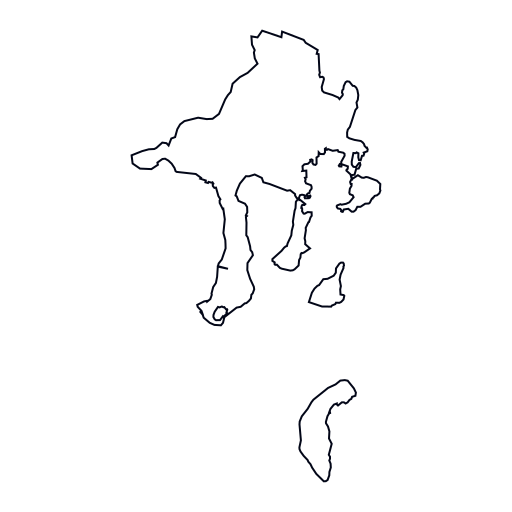 Neiafu, Vava'u, Tonga (Natural Earth projection)
{"feature_id": "48082658B15752007893328", "entity_name": "Neiafu", "entity_type": "district", "adm_level": 2, "iso_a3": "TON", "parent_name": "Tonga", "parent_adm1": "Vava'u", "projection": "natural_earth1", "projection_center": [-173.963, -18.667], "detail": "fine", "context": "isolated", "style": "outline", "palette": "ink", "viewbox_px": 512, "rotation_deg": 0, "n_neighbors": 0, "source": "geoboundaries", "source_scale": "gbopen_adm2", "svg_char_len": 6078}
<svg xmlns="http://www.w3.org/2000/svg" viewBox="0 0 512 512"><path d="M251.4,36.4L252.0,44.7L254.7,50.1L253.9,52.6L254.8,58.4L257.5,63.7L247.6,72.9L239.9,77.1L232.6,83.7L230.7,92.0L227.9,95.1L225.2,99.4L219.0,113.9L212.6,118.8L206.6,119.1L198.1,117.7L184.4,121.1L180.1,124.4L177.3,129.2L175.1,137.1L171.3,138.5L168.6,145.5L166.5,143.2L162.3,142.6L156.4,147.9L154.3,149.0L148.8,149.3L142.2,151.1L131.6,155.3L132.6,163.5L140.0,168.6L151.4,169.1L157.9,164.8L157.4,162.6L162.4,159.0L165.1,158.7L168.4,160.6L171.7,163.7L174.5,168.0L175.6,171.2L176.7,171.9L195.8,174.0L201.0,177.8L200.3,178.7L205.8,180.5L205.4,182.3L208.0,183.0L208.6,181.9L211.7,182.7L212.5,182.3L213.4,183.7L212.7,184.5L212.9,186.1L214.4,187.9L216.0,187.6L218.4,196.1L220.4,199.3L219.6,200.4L219.7,203.0L222.7,209.0L223.3,208.7L224.8,219.3L223.4,233.0L225.3,240.0L225.5,244.0L225.6,248.4L221.8,259.5L218.7,263.4L217.9,266.2L228.0,268.8L217.8,266.6L217.1,276.9L215.9,283.0L213.2,287.0L211.5,293.6L211.8,294.8L210.3,299.1L207.1,301.7L206.9,300.9L204.1,301.4L197.2,304.9L197.7,306.8L201.5,310.9L202.2,312.9L199.8,311.3L202.7,314.8L203.7,317.7L209.7,322.8L214.4,324.9L220.9,325.3L223.0,322.8L224.1,318.3L222.8,316.4L220.0,320.1L216.0,320.2L214.7,319.3L213.4,317.0L213.5,314.9L214.7,311.7L218.0,306.9L219.5,307.4L221.9,306.5L223.4,307.3L224.3,307.1L226.1,309.4L227.0,309.2L227.3,309.7L226.4,312.7L227.4,313.3L224.4,315.8L225.0,316.7L236.6,307.6L240.7,306.8L244.7,303.4L246.4,303.1L248.9,300.9L250.9,298.5L251.4,294.7L252.7,293.4L254.2,289.3L253.8,286.7L250.1,278.8L247.3,270.1L247.5,263.1L252.9,255.2L252.2,252.2L250.5,250.0L250.1,246.3L247.7,237.2L246.3,235.3L246.5,222.7L245.9,216.9L246.9,216.0L245.9,215.3L247.3,212.3L247.1,206.9L245.0,203.7L238.5,200.9L236.7,196.3L235.5,195.5L236.8,190.7L239.9,183.6L245.9,176.2L249.0,176.3L254.7,174.5L261.8,177.9L263.4,182.3L269.6,184.0L287.1,190.7L290.2,190.2L295.1,194.1L295.1,195.5L296.7,198.0L297.5,198.3L297.6,199.5L295.9,201.8L295.5,208.2L294.6,210.7L292.9,221.6L293.3,224.9L291.8,230.6L291.3,235.4L287.6,243.4L286.9,246.1L285.7,246.4L284.1,247.7L281.5,250.9L272.4,259.1L272.4,260.9L274.7,262.4L274.5,264.0L275.2,264.8L276.9,264.7L279.9,267.9L281.8,268.7L290.3,270.6L292.8,270.3L294.6,269.3L298.6,265.5L299.1,260.0L300.4,257.6L300.7,254.2L301.5,253.0L302.3,253.2L304.2,252.4L310.0,248.4L305.2,244.2L305.3,241.2L304.6,238.3L305.9,230.1L305.7,227.9L308.4,222.2L309.0,222.0L310.5,217.4L311.7,215.8L311.6,212.3L307.6,212.1L304.7,213.7L303.6,213.6L302.1,211.3L302.2,208.9L301.9,208.0L301.3,207.9L301.6,206.1L302.3,204.9L304.4,205.0L305.3,204.1L300.3,200.0L299.4,200.1L299.0,197.7L300.0,195.2L302.0,194.7L304.1,195.1L305.1,196.1L304.5,197.1L305.0,198.3L308.9,198.2L309.9,197.6L310.5,196.1L310.1,195.5L308.0,196.7L307.8,196.0L306.6,195.9L306.6,194.7L308.1,193.3L309.4,193.0L309.9,190.8L311.6,188.7L311.6,186.9L311.0,185.2L306.0,183.3L305.1,181.2L305.6,179.4L304.9,177.8L306.5,177.3L306.3,170.6L302.3,171.0L302.8,169.9L302.5,166.2L304.4,164.3L307.9,163.8L310.4,161.5L310.2,159.8L311.6,159.4L312.6,160.1L312.4,162.9L313.5,164.5L315.5,164.9L316.6,163.7L316.5,157.5L318.6,156.1L318.7,152.3L320.3,154.0L323.8,154.1L325.0,152.4L324.9,148.8L325.8,148.2L325.9,149.7L326.9,149.9L328.0,149.1L332.7,150.8L337.7,150.1L338.4,151.7L343.2,152.7L344.5,153.7L344.6,155.7L341.2,161.9L341.4,164.0L339.9,163.9L338.8,165.7L339.3,166.4L341.4,166.5L341.7,164.7L342.6,164.5L347.9,166.4L347.7,168.8L346.6,169.7L346.4,170.6L350.5,174.4L351.9,179.7L351.1,179.9L350.1,182.0L350.7,184.0L351.6,184.0L351.5,185.9L349.9,188.6L349.3,192.8L349.9,194.2L352.7,195.3L353.6,197.2L349.4,202.3L346.1,203.8L341.6,204.7L340.4,204.2L337.2,205.4L336.7,206.1L336.9,207.3L337.9,208.5L340.3,208.9L341.3,210.2L341.1,211.3L342.2,211.9L342.8,211.8L343.8,209.5L348.3,208.8L351.7,211.7L353.5,211.7L355.6,210.1L357.3,206.8L360.5,206.8L365.2,203.7L368.8,203.5L369.8,202.7L371.8,198.8L372.6,198.6L372.8,197.7L373.6,197.4L374.6,195.9L377.0,195.3L379.3,193.4L380.4,190.5L380.0,189.3L380.3,184.0L376.9,180.7L367.9,177.3L366.0,177.0L363.8,177.8L361.7,177.6L357.9,175.2L352.2,179.0L351.1,175.2L354.5,174.7L356.2,168.8L358.7,168.5L360.4,164.9L360.0,163.0L358.9,163.1L355.9,167.1L353.4,166.8L351.8,164.6L351.7,161.6L353.4,153.0L355.8,153.2L356.6,152.4L358.4,153.3L358.3,157.4L359.0,160.1L360.7,160.3L362.0,155.8L363.5,155.7L364.2,153.7L363.7,152.6L367.3,151.3L367.7,149.4L367.0,147.7L366.5,147.9L364.5,145.8L364.1,144.2L362.7,142.4L360.8,141.0L354.5,139.9L349.3,138.3L347.2,136.9L347.1,132.5L347.8,129.6L349.9,126.9L355.4,110.0L357.4,107.5L356.5,102.5L357.8,99.7L358.3,95.1L357.4,90.2L356.2,87.6L354.4,86.0L352.7,85.8L349.4,81.7L347.1,81.3L345.6,82.2L343.8,85.9L343.3,89.3L342.3,90.3L342.0,92.7L342.8,94.1L342.6,95.3L339.5,99.1L338.2,97.5L332.5,95.0L324.0,92.4L322.2,90.6L321.7,87.0L323.9,79.3L323.8,78.4L323.5,77.5L322.4,76.8L320.1,77.2L319.2,74.8L319.9,72.6L319.4,70.6L318.6,54.1L316.7,53.8L317.7,50.0L305.7,42.8L303.7,39.9L282.1,31.6L281.4,37.2L262.2,30.7L257.5,37.4L251.4,36.4ZM340.3,380.6L335.6,384.4L328.1,387.9L313.4,399.7L311.4,402.3L307.7,408.8L301.8,416.3L299.7,421.5L299.5,424.4L300.9,440.4L299.4,447.4L299.5,449.1L300.5,451.5L303.7,455.9L307.6,460.0L308.3,461.7L310.5,464.2L312.1,467.6L316.3,473.9L323.8,481.3L325.8,481.2L327.6,480.0L329.3,475.3L329.4,472.0L330.8,467.5L330.6,463.7L329.3,460.5L330.0,458.8L330.0,456.7L328.8,454.8L331.7,443.8L329.0,438.5L329.4,431.4L328.0,426.5L326.0,423.3L325.9,421.9L327.5,416.1L329.2,413.3L330.1,413.0L330.0,412.3L329.2,412.3L330.5,408.8L333.9,404.6L336.8,403.5L336.8,404.4L338.0,405.5L341.9,402.3L343.9,402.3L345.6,403.5L347.6,402.4L349.5,399.9L351.3,398.9L352.1,396.8L355.4,395.8L355.9,392.6L353.9,388.4L347.7,380.7L344.8,380.1L340.3,380.6ZM339.4,263.6L336.0,268.4L335.8,272.7L333.7,275.7L327.6,278.8L323.3,279.2L319.1,285.1L317.4,285.8L314.5,288.6L311.9,292.7L308.9,302.1L322.0,306.5L331.2,306.6L331.8,305.6L335.3,304.1L336.0,302.7L339.4,302.8L341.2,301.9L343.5,299.5L344.3,295.8L343.7,295.1L340.5,294.5L340.2,289.3L340.9,286.1L339.6,279.6L340.6,274.6L343.5,268.0L343.4,266.5L344.0,265.6L343.7,263.5L343.0,262.6L341.0,262.6L339.4,263.6Z" fill="none" stroke="#020617" stroke-width="2"/></svg>